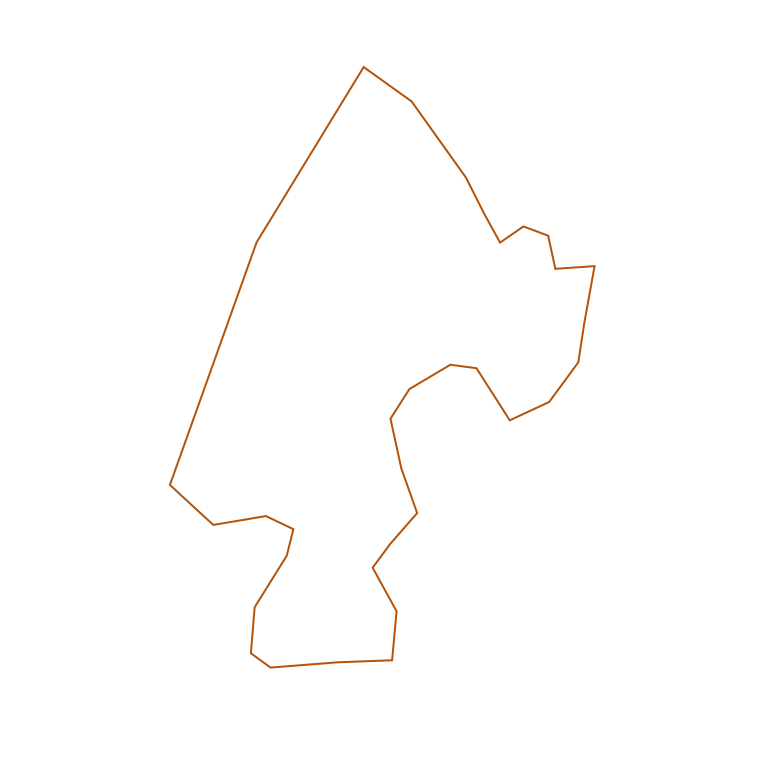 outline of Żurrieq, rotated 104°
{"feature_id": "MLT-5973", "entity_name": "Żurrieq", "entity_type": "state/province", "adm_level": 1, "iso_a3": "MLT", "parent_name": "Malta", "parent_adm1": "", "projection": "orthographic", "projection_center": [14.486, 35.824], "detail": "fine", "context": "isolated", "style": "outline", "palette": "amber", "viewbox_px": 768, "rotation_deg": 104, "n_neighbors": 0, "source": "natural_earth", "source_scale": "10m", "svg_char_len": 585}
<svg xmlns="http://www.w3.org/2000/svg" viewBox="0 0 768 768"><g transform="rotate(104 384 384)"><path d="M533.7,567.3L277.4,541.9L81.4,480.4L103.2,425.5L164.0,354.3L194.4,328.1L218.7,305.6L197.4,286.8L200.4,260.6L230.8,245.6L218.7,208.2L276.4,204.4L315.9,200.7L361.5,219.4L388.8,253.2L346.3,298.1L349.3,324.3L382.7,358.1L416.1,369.3L461.7,346.8L501.2,320.6L537.7,339.3L565.0,350.6L601.5,316.8L650.1,309.3L665.3,361.8L686.6,425.5L677.5,448.0L631.9,455.5L574.1,436.8L546.8,436.8L540.7,466.7L562.0,515.5L549.9,537.9L533.7,567.3Z" fill="none" stroke="#b45309" stroke-width="2"/></g></svg>